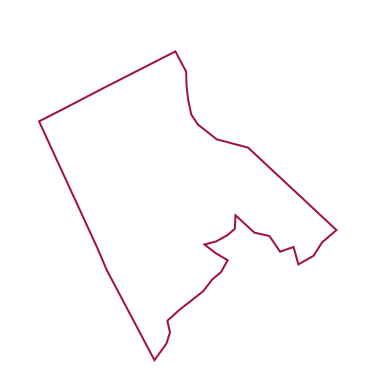 outline of São Vendelino, Rio Grande do Sul, Brazil, rotated 333°
{"feature_id": "56859067B53774247031455", "entity_name": "São Vendelino", "entity_type": "district", "adm_level": 2, "iso_a3": "BRA", "parent_name": "Brazil", "parent_adm1": "Rio Grande do Sul", "projection": "natural_earth1", "projection_center": [-51.365, -29.385], "detail": "fine", "context": "isolated", "style": "outline", "palette": "rose", "viewbox_px": 384, "rotation_deg": 333, "n_neighbors": 0, "source": "geoboundaries", "source_scale": "gbopen_adm2", "svg_char_len": 622}
<svg xmlns="http://www.w3.org/2000/svg" viewBox="0 0 384 384"><g transform="rotate(333 192 192)"><path d="M229.5,59.2L159.8,59.2L113.6,59.6L87.8,59.6L82.2,199.7L80.6,222.5L82.2,324.8L100.3,315.5L108.6,307.2L111.6,295.5L128.1,291.1L142.2,288.4L157.1,285.4L170.4,279.1L181.3,276.6L192.8,269.0L185.2,257.0L179.3,244.5L191.2,247.0L204.1,246.5L213.4,244.3L220.2,232.5L229.1,256.5L241.0,266.3L243.4,285.2L257.5,287.1L253.9,304.8L271.4,304.0L284.9,296.0L303.4,291.5L262.1,177.9L238.0,156.4L227.9,134.6L226.5,122.6L230.7,107.4L235.1,95.4L241.4,82.2L241.0,59.2L229.5,59.2Z" fill="none" stroke="#9f1239" stroke-width="2"/></g></svg>